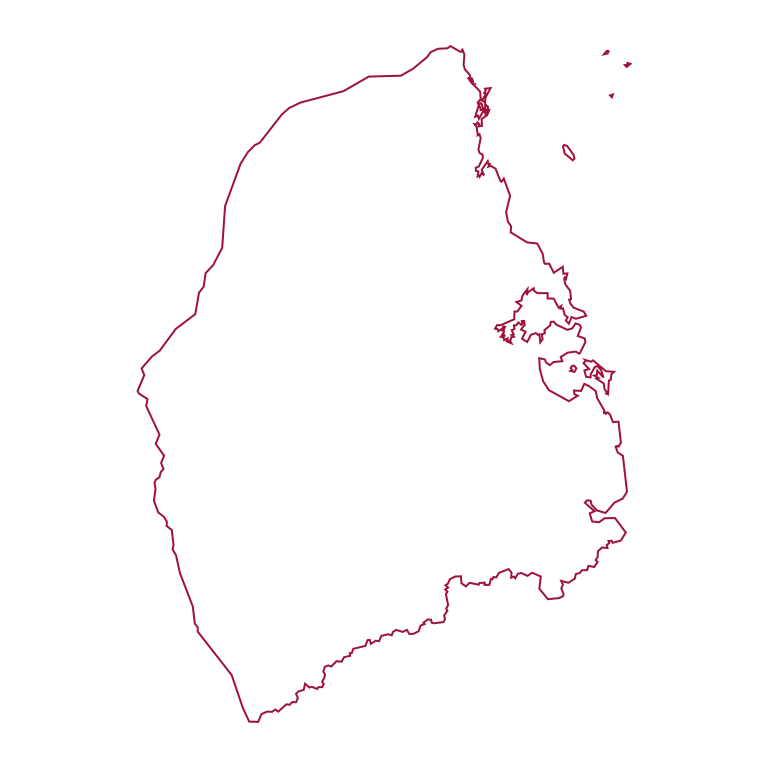 Kilwa, Lindi, United Republic of Tanzania (Albers equal-area conic projection)
{"feature_id": "72390352B7880721655308", "entity_name": "Kilwa", "entity_type": "district", "adm_level": 2, "iso_a3": "TZA", "parent_name": "United Republic of Tanzania", "parent_adm1": "Lindi", "projection": "albers", "projection_center": [39.276, -9.089], "detail": "fine", "context": "isolated", "style": "outline", "palette": "rose", "viewbox_px": 768, "rotation_deg": 0, "n_neighbors": 0, "source": "geoboundaries", "source_scale": "gbopen_adm2", "svg_char_len": 6082}
<svg xmlns="http://www.w3.org/2000/svg" viewBox="0 0 768 768"><path d="M462.2,48.7L462.2,51.3L460.5,51.9L450.4,46.1L447.4,48.3L437.9,48.8L430.6,52.2L427.1,57.1L413.1,68.7L400.8,75.7L368.7,76.6L343.4,91.2L300.4,102.6L289.2,108.0L281.9,114.4L259.8,142.7L254.7,145.2L248.0,152.0L240.6,163.7L225.1,206.0L222.2,247.8L213.1,265.2L205.6,273.1L203.7,286.6L199.0,292.7L195.3,314.1L175.7,329.0L159.8,350.6L152.0,356.5L141.6,368.4L144.3,375.1L137.6,390.9L138.9,393.5L147.5,399.1L146.2,406.0L159.5,434.7L155.7,443.8L164.1,455.7L161.1,463.0L163.5,469.0L160.8,472.0L159.5,477.2L155.7,479.9L154.5,482.9L155.5,489.2L153.9,500.7L158.3,512.5L163.9,516.8L166.9,521.8L166.6,525.9L171.8,530.1L173.5,544.7L172.6,549.4L176.0,555.2L179.9,572.9L192.8,606.5L194.8,623.6L197.7,627.3L197.7,631.6L231.7,675.1L242.8,707.8L249.2,721.6L258.2,721.9L261.4,714.2L267.0,711.6L272.2,711.8L275.1,709.5L278.3,711.6L286.4,704.3L289.5,704.8L292.3,702.1L296.1,702.2L297.9,698.0L296.0,693.9L298.0,691.7L303.7,689.8L305.1,683.7L309.3,687.5L311.9,686.8L317.1,689.0L318.3,687.1L322.2,687.1L323.8,684.2L322.1,681.8L324.4,677.4L325.0,674.4L323.3,671.6L324.8,666.9L328.1,665.5L331.3,666.5L336.5,661.2L341.6,661.7L344.0,657.2L350.1,655.8L349.8,653.2L351.7,653.1L353.3,648.8L365.4,645.9L367.6,640.1L369.8,639.9L370.8,643.8L375.8,640.7L379.1,641.2L381.3,635.9L388.2,634.2L391.7,635.3L393.0,631.9L396.1,629.9L402.6,631.9L406.9,629.9L409.3,634.0L413.1,633.9L418.6,631.3L420.7,625.5L424.6,624.0L423.5,622.7L427.8,619.4L431.1,619.8L431.7,622.7L434.0,623.3L443.5,622.1L445.1,618.8L444.1,615.6L447.4,610.7L446.2,608.7L448.1,605.1L445.9,594.1L447.5,591.8L445.2,589.4L448.1,587.5L445.5,585.2L447.9,583.7L449.9,579.2L455.2,576.5L461.0,576.3L461.4,583.2L465.9,586.4L469.5,582.8L478.7,584.7L479.3,583.0L484.7,582.7L484.5,584.9L489.3,584.9L490.9,579.0L492.3,579.3L493.6,576.9L496.1,577.6L498.9,572.9L508.6,569.1L511.5,572.6L511.2,577.7L513.9,576.6L515.3,578.3L517.8,573.8L521.3,573.0L527.5,575.9L532.1,572.7L540.8,576.5L539.3,588.6L547.9,599.2L558.9,598.1L562.9,596.3L563.6,594.0L561.3,588.5L562.9,584.5L561.2,580.9L568.5,582.8L574.8,578.6L575.8,574.0L579.8,573.0L581.8,570.3L587.2,570.1L588.4,565.9L594.2,567.0L597.6,562.0L595.7,560.1L597.7,556.7L597.9,551.4L602.0,547.5L607.5,548.0L606.8,545.0L609.3,543.0L608.5,541.0L611.6,540.8L612.6,542.8L620.8,540.6L625.8,532.5L615.0,518.1L604.7,518.2L599.2,522.2L592.2,521.5L589.7,513.4L594.5,511.2L584.8,502.7L587.1,500.3L590.6,500.7L591.6,504.7L596.7,510.3L605.5,513.0L614.6,502.5L622.7,498.6L627.0,491.8L622.9,455.8L617.8,452.6L615.7,446.9L616.9,446.7L615.5,446.2L618.9,446.0L620.9,442.7L618.5,421.7L612.9,422.0L610.0,414.5L607.6,412.3L605.8,413.8L604.7,411.7L604.0,413.9L604.1,410.0L597.1,398.1L595.8,391.2L589.5,386.4L584.3,383.8L581.1,390.9L574.0,390.5L574.4,394.2L577.7,395.7L568.9,401.2L548.8,390.1L543.1,381.1L539.8,368.8L539.2,358.2L545.0,359.5L545.9,362.3L549.8,365.2L553.6,362.0L562.3,361.2L560.7,357.0L567.8,352.6L575.9,351.6L579.1,353.7L580.2,352.6L585.4,342.1L584.7,338.4L577.8,336.0L581.0,327.5L579.8,324.9L575.6,323.4L572.1,328.5L567.3,329.8L556.1,324.5L553.8,321.7L550.8,321.8L550.2,325.4L544.4,330.2L544.9,333.2L541.8,334.3L542.6,339.3L540.3,342.3L539.4,334.2L537.9,334.8L535.8,333.1L530.8,334.9L527.2,342.0L522.0,338.7L525.6,331.7L521.0,329.6L524.7,324.9L524.1,320.9L521.8,321.1L522.5,323.9L521.3,324.9L518.4,322.4L516.1,325.4L513.9,325.4L514.5,328.9L511.7,330.2L513.7,334.4L511.6,335.1L513.8,336.8L511.2,337.4L510.2,341.1L511.5,343.4L508.2,342.0L508.5,340.6L506.9,341.0L507.4,338.4L504.2,340.2L503.7,337.7L501.4,337.0L504.6,335.8L504.0,334.6L501.7,335.6L504.2,331.4L501.6,330.1L503.7,329.7L505.1,326.8L502.6,326.3L503.9,327.4L498.3,331.3L497.6,329.0L495.0,328.7L497.0,325.2L500.6,325.2L514.2,319.3L514.5,311.5L517.4,311.5L521.5,305.8L516.4,302.0L521.4,300.5L522.5,295.6L527.4,289.2L526.7,295.2L527.9,292.3L533.7,288.3L534.2,291.0L537.4,293.1L547.6,293.1L547.6,298.5L553.7,298.6L558.6,307.7L561.2,306.0L560.5,308.6L563.0,308.4L564.7,315.0L567.6,317.2L565.9,320.4L568.8,323.7L571.6,317.0L575.9,318.8L586.2,315.8L583.7,311.6L573.7,307.7L570.5,303.7L569.1,299.7L571.0,299.1L570.2,290.9L565.3,284.3L564.2,278.4L564.9,277.4L566.0,278.9L567.4,273.4L563.4,273.7L562.8,266.8L553.8,272.8L549.1,263.6L545.2,263.9L544.0,262.3L542.7,253.9L537.3,243.5L527.1,242.4L510.6,232.3L511.2,226.5L507.9,221.6L506.1,212.1L510.1,195.9L503.8,178.5L501.5,181.8L500.5,181.1L495.5,168.6L490.5,165.8L488.4,166.7L489.6,164.0L488.4,164.1L487.7,161.1L481.7,170.0L484.1,175.3L481.6,173.3L479.7,176.7L479.2,175.5L477.6,176.4L478.4,171.5L476.0,170.9L475.7,167.9L478.9,166.4L482.9,157.7L482.6,154.7L479.5,152.9L478.4,149.3L480.7,138.1L479.7,135.0L478.0,135.3L478.9,134.1L477.6,133.8L476.6,126.9L474.5,124.1L476.7,124.3L477.5,122.5L479.4,124.1L478.8,126.4L482.0,125.9L481.6,118.9L487.2,115.1L489.2,110.0L484.2,110.9L486.8,112.4L485.5,114.6L485.5,112.2L483.0,111.8L478.8,118.8L477.8,115.5L475.2,116.7L478.3,106.6L480.2,107.1L480.6,110.1L484.7,108.9L487.1,110.3L488.0,109.0L488.0,106.8L485.1,104.2L485.3,107.9L483.2,109.0L481.6,103.6L480.2,103.1L479.0,105.6L477.6,102.5L480.0,99.9L485.1,102.0L485.5,97.6L490.6,88.1L484.9,88.7L485.7,90.7L484.2,93.1L486.2,93.6L482.4,99.8L480.8,99.6L480.1,91.6L473.9,85.0L474.6,84.2L472.7,84.3L469.4,80.0L471.1,79.6L473.4,82.9L472.1,78.6L468.7,78.1L470.3,76.8L469.6,74.7L464.8,69.2L463.6,64.8L464.4,54.7L462.2,48.7ZM591.1,361.7L585.0,359.9L585.8,360.9L583.5,363.1L589.1,369.0L584.4,370.5L586.1,376.8L590.6,377.4L590.7,374.3L595.0,366.7L597.6,366.2L601.0,369.9L603.5,377.5L597.3,370.7L596.8,375.0L594.4,375.6L598.5,377.9L596.4,378.6L603.7,383.5L604.6,389.3L606.9,392.3L606.0,393.5L608.1,394.4L608.9,380.6L610.6,380.0L611.4,374.3L614.0,371.8L605.9,371.2L593.0,360.3L591.1,361.7ZM572.8,160.3L574.4,158.7L573.7,155.1L567.3,146.1L564.1,144.9L563.0,146.5L564.7,153.6L572.8,160.3ZM576.4,368.3L574.0,365.7L572.1,366.0L570.6,368.0L572.1,369.7L570.4,370.9L574.5,371.9L576.4,368.3ZM603.9,54.3L607.6,53.5L608.6,51.2L606.8,50.8L603.9,54.3ZM626.7,66.9L630.4,63.9L627.4,63.0L627.0,64.8L624.9,65.1L626.7,66.9ZM611.9,97.3L612.9,94.5L610.1,95.4L611.9,97.3Z" fill="none" stroke="#9f1239" stroke-width="2"/></svg>